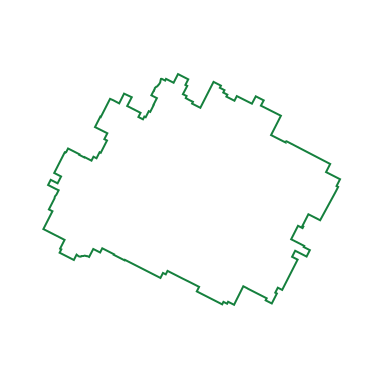 Upper Gascoyne, Western Australia, Australia (Mercator projection), rotated 27°
{"feature_id": "25037944B28786779473224", "entity_name": "Upper Gascoyne", "entity_type": "district", "adm_level": 2, "iso_a3": "AUS", "parent_name": "Australia", "parent_adm1": "Western Australia", "projection": "mercator", "projection_center": [116.107, -24.719], "detail": "fine", "context": "isolated", "style": "outline", "palette": "green", "viewbox_px": 384, "rotation_deg": 27, "n_neighbors": 0, "source": "geoboundaries", "source_scale": "gbopen_adm2", "svg_char_len": 3900}
<svg xmlns="http://www.w3.org/2000/svg" viewBox="0 0 384 384"><g transform="rotate(27 192 192)"><path d="M129.0,93.3L126.0,93.3L126.0,103.0L120.3,103.0L117.5,103.0L117.5,104.9L115.8,104.9L113.6,104.9L113.0,105.3L113.1,105.8L113.2,106.3L113.6,107.8L113.8,108.3L113.9,108.9L113.9,109.4L113.8,110.2L113.8,110.4L113.8,110.6L113.7,110.9L113.7,111.0L113.6,111.4L113.5,111.7L113.5,112.0L113.4,112.1L113.2,113.2L112.9,113.9L112.8,114.1L112.4,114.4L112.3,114.8L112.0,115.3L111.9,115.6L111.9,115.8L111.7,116.4L111.8,116.7L112.0,117.1L112.0,117.4L112.0,117.5L111.9,118.0L111.9,118.5L111.9,118.8L112.2,119.0L112.2,119.6L112.0,119.8L111.9,120.1L111.9,124.3L118.1,124.3L118.1,125.0L118.1,131.9L118.4,131.9L118.4,139.6L116.8,139.6L116.8,146.4L115.3,146.4L115.3,149.5L114.5,149.5L111.5,149.5L110.2,149.5L110.2,144.8L95.2,144.8L95.3,134.9L86.8,135.2L86.9,146.1L80.1,146.0L76.7,146.2L76.7,166.6L76.1,166.5L76.1,178.2L89.6,178.1L89.9,178.1L89.9,184.7L92.9,184.7L92.9,198.5L91.6,198.5L91.6,205.3L88.2,205.3L88.2,209.7L80.5,209.7L80.5,210.1L78.7,210.1L76.6,210.1L74.6,210.1L74.6,209.5L73.4,209.5L72.2,209.5L66.1,209.5L61.8,209.5L61.8,213.4L61.6,213.4L61.5,213.5L61.4,213.6L61.4,214.0L61.3,214.3L60.9,214.3L60.9,214.7L60.6,214.7L60.6,214.9L60.6,217.9L60.6,218.2L60.6,222.7L60.6,227.8L60.6,233.3L60.6,237.6L68.3,237.6L68.3,243.3L68.3,245.3L60.6,245.3L60.6,251.1L69.7,251.1L72.4,251.0L72.4,256.2L72.0,257.4L72.0,259.1L72.4,259.9L72.4,266.9L72.4,271.3L72.4,271.5L72.4,272.5L76.4,272.5L76.4,292.5L100.2,292.5L100.2,302.4L101.6,302.4L101.6,306.2L117.6,306.2L117.6,300.2L119.9,300.7L120.5,300.7L121.0,300.6L121.5,300.4L121.8,300.2L122.2,300.1L122.2,299.9L122.4,299.6L122.5,299.4L122.8,299.1L123.3,298.9L123.7,298.7L124.1,298.4L124.5,298.2L125.0,297.6L125.6,297.3L126.2,297.3L126.8,297.0L127.3,297.0L127.8,296.7L128.4,296.6L129.8,296.6L129.9,287.6L137.6,287.6L137.6,282.9L142.5,282.9L146.7,282.9L150.8,282.9L150.8,283.5L158.7,283.5L160.3,283.5L161.8,283.5L162.2,283.5L163.0,283.5L163.0,282.9L165.3,282.9L167.3,282.9L169.0,282.9L170.7,282.9L172.8,282.9L174.5,282.9L177.4,282.9L183.8,282.9L190.6,282.9L196.5,282.9L198.7,282.9L202.9,282.9L202.9,277.3L206.0,277.3L206.0,273.4L216.1,273.4L218.2,273.4L219.4,273.4L221.0,273.4L223.0,273.4L231.4,273.3L241.4,273.3L241.4,278.4L249.1,278.4L260.3,278.4L265.1,278.4L266.2,278.4L267.8,278.4L269.9,278.4L269.9,275.6L271.1,275.6L271.9,275.6L273.2,275.6L274.0,275.6L274.0,273.4L275.7,273.4L277.3,273.4L279.0,273.4L280.7,273.4L280.6,268.0L280.6,266.5L280.6,263.7L280.5,252.7L281.0,252.7L282.2,252.7L282.7,252.7L283.1,252.7L283.9,252.7L284.4,252.7L284.8,252.7L285.6,252.8L287.7,252.8L288.2,252.8L288.6,252.8L289.9,252.8L290.3,252.8L291.6,252.8L292.4,252.8L293.2,252.8L295.8,252.8L297.9,252.8L298.8,252.8L300.5,252.8L301.3,252.8L302.6,252.8L304.3,252.8L305.1,252.8L306.8,252.8L306.8,255.1L313.7,255.1L313.7,243.9L312.2,243.9L311.9,243.9L311.9,238.3L316.8,238.3L316.8,237.9L316.8,229.9L316.8,229.5L316.8,223.7L316.8,204.3L310.6,204.3L310.6,197.5L323.4,197.5L323.4,190.3L316.5,190.3L316.5,189.1L301.8,189.1L301.8,183.2L301.8,174.0L306.9,174.0L306.9,172.2L305.8,172.2L305.8,170.5L305.8,159.0L319.0,159.0L319.2,151.8L319.8,130.3L319.9,126.1L319.9,123.2L319.9,121.1L318.1,121.1L318.1,113.4L316.7,113.4L310.0,113.4L305.8,113.4L302.4,113.4L302.4,104.3L253.3,103.9L253.2,103.9L252.9,104.3L252.7,104.5L252.3,104.8L252.3,105.0L252.6,105.4L251.0,105.4L249.2,105.4L248.8,105.4L245.4,105.4L243.7,105.4L241.6,105.4L236.6,105.4L236.6,83.7L214.2,83.8L214.3,77.8L213.4,77.8L208.8,77.8L205.9,77.8L205.4,77.8L205.3,86.1L188.4,86.2L188.4,87.3L188.4,91.4L183.0,91.4L179.3,91.4L179.3,89.2L177.6,89.2L174.7,89.2L174.7,86.5L169.5,86.5L169.5,84.1L164.9,84.1L161.2,84.1L161.2,91.6L161.2,96.2L161.2,113.2L157.0,113.2L151.9,113.2L151.9,111.2L148.6,111.3L143.8,111.2L143.6,108.9L139.5,109.0L139.6,99.6L137.5,99.6L137.5,95.2L137.5,93.3L135.5,93.3L132.3,93.3L129.0,93.3Z" fill="none" stroke="#15803d" stroke-width="2"/></g></svg>